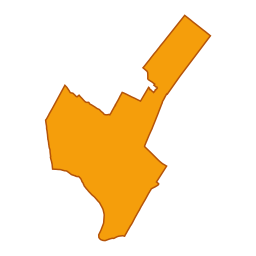 the district of Colibasi, Giurgiu, Romania
{"feature_id": "2599482B40153006578740", "entity_name": "Colibasi", "entity_type": "district", "adm_level": 2, "iso_a3": "ROU", "parent_name": "Romania", "parent_adm1": "Giurgiu", "projection": "albers", "projection_center": [26.205, 44.233], "detail": "fine", "context": "isolated", "style": "filled", "palette": "amber", "viewbox_px": 256, "rotation_deg": 0, "n_neighbors": 0, "source": "geoboundaries", "source_scale": "gbopen_adm2", "svg_char_len": 5542}
<svg xmlns="http://www.w3.org/2000/svg" viewBox="0 0 256 256"><path d="M158.4,183.5L158.2,183.4L158.0,183.2L157.2,182.5L157.0,182.3L156.9,182.1L156.5,181.9L166.6,166.1L162.4,163.6L160.4,162.0L158.4,160.2L151.8,153.6L144.6,146.6L144.7,145.7L145.3,144.2L145.8,143.0L146.0,142.5L146.1,142.1L146.4,141.6L147.0,140.1L147.3,139.5L147.7,138.4L148.3,137.0L149.0,135.3L149.5,134.2L150.8,131.3L151.5,129.8L152.0,128.8L152.1,128.6L152.3,127.9L154.2,123.2L155.5,120.0L156.1,118.4L156.8,116.7L157.6,114.7L157.9,113.9L158.2,113.2L158.8,111.5L160.4,107.4L161.3,105.0L162.0,103.3L162.3,102.7L162.3,102.2L162.5,101.5L163.6,99.6L164.8,97.4L164.7,97.3L165.7,95.7L165.9,95.4L166.1,94.9L166.9,93.8L167.3,94.1L180.0,76.1L210.4,35.8L208.7,34.4L206.1,32.3L205.4,31.7L203.0,29.9L197.7,25.7L196.3,24.6L195.3,23.8L194.6,23.3L194.5,23.2L192.7,21.8L190.7,20.1L184.7,15.4L179.2,22.3L168.8,35.4L166.4,38.4L164.4,41.0L163.5,42.1L162.0,43.9L160.5,45.7L159.2,47.5L158.2,48.7L157.2,50.0L156.3,51.2L154.3,53.5L151.0,57.7L149.3,60.0L147.9,61.7L146.4,63.6L144.6,65.9L143.0,67.8L147.0,71.2L147.0,71.3L147.1,71.5L147.6,72.2L147.7,72.8L147.8,74.6L147.8,76.4L147.9,77.0L147.8,77.5L147.8,78.7L147.9,79.0L148.0,79.2L148.4,79.7L148.9,80.0L151.2,81.5L151.9,81.9L154.7,84.1L153.9,85.2L154.8,85.9L156.0,87.0L156.8,87.0L157.0,87.4L157.3,87.8L157.3,88.0L157.1,88.2L156.8,88.7L156.7,88.8L156.2,89.2L156.3,89.2L156.2,89.3L155.1,90.6L154.4,91.4L154.5,91.5L153.8,92.3L153.6,92.5L153.2,92.0L152.4,91.4L152.1,91.1L151.7,90.8L151.5,90.6L151.1,90.1L150.8,89.8L150.6,89.7L150.4,89.5L150.2,89.5L149.9,89.6L149.8,89.3L149.7,89.3L149.6,89.2L149.4,88.6L149.4,88.1L149.1,87.8L148.9,87.5L148.6,87.3L148.1,88.3L147.9,88.6L142.7,97.4L141.6,99.3L140.5,101.1L137.3,99.6L135.2,98.5L135.0,98.4L133.0,97.5L131.9,97.0L131.2,96.7L130.2,96.1L129.4,95.8L129.1,95.6L128.3,95.2L127.3,94.7L126.6,94.3L125.9,94.0L124.4,93.3L123.8,93.0L122.7,92.6L122.2,92.4L121.9,92.9L121.0,94.6L120.8,95.0L120.6,95.3L120.1,96.1L119.7,97.0L119.1,98.2L118.7,99.0L118.3,99.7L118.1,100.1L117.7,100.9L117.4,101.3L116.6,102.8L116.3,103.3L115.6,104.5L115.3,104.9L115.1,105.2L115.4,105.6L115.1,105.9L114.6,106.4L114.4,106.7L114.0,107.5L113.5,108.3L113.2,108.9L112.9,109.5L112.7,109.8L111.9,111.2L111.1,112.8L110.9,113.2L110.4,113.8L109.9,114.6L109.8,114.8L109.6,114.7L109.1,114.5L108.8,114.5L108.5,114.5L108.3,114.6L106.8,114.8L106.3,114.8L105.4,114.7L104.8,114.6L104.3,114.4L104.0,114.1L103.5,113.5L103.0,112.9L102.4,112.4L101.6,111.8L101.0,111.3L100.4,110.6L99.8,110.0L99.1,109.4L98.4,109.1L97.7,108.8L96.7,108.3L96.3,108.0L95.8,107.6L94.6,106.8L91.7,105.0L90.2,104.2L89.4,103.6L89.1,102.8L88.7,102.4L88.2,102.3L87.1,102.4L86.1,102.3L85.1,101.7L83.7,100.3L82.0,98.4L80.8,97.2L80.0,96.3L79.1,95.2L78.6,95.5L77.1,96.8L76.7,96.7L75.9,96.2L75.0,95.2L73.4,93.7L73.0,93.3L72.4,93.1L71.2,92.9L70.5,92.7L70.2,92.5L69.0,90.5L66.9,87.4L64.9,85.3L52.7,107.8L49.0,114.3L48.8,114.9L48.4,115.6L46.9,118.3L46.3,119.3L45.6,120.1L46.0,123.1L46.5,126.0L46.6,127.7L46.6,127.8L46.6,128.8L46.7,129.2L47.0,130.7L47.3,133.1L47.5,134.6L47.7,137.2L47.8,137.8L47.9,139.4L48.1,139.8L48.3,141.0L48.5,142.0L48.6,142.9L48.7,144.3L48.9,145.1L49.1,146.9L49.2,147.2L49.3,147.5L49.3,147.8L49.4,148.1L49.5,148.5L49.8,149.1L49.9,149.5L50.0,150.1L50.0,150.8L50.1,152.2L50.5,155.5L50.6,156.1L50.7,156.3L50.4,157.2L50.6,157.7L50.7,158.6L51.5,161.4L51.7,162.4L52.1,164.2L52.2,165.1L52.3,166.1L52.3,166.4L52.4,167.3L52.5,168.2L52.6,169.1L54.2,169.2L56.6,169.3L57.4,169.4L58.7,169.5L59.6,169.5L60.3,169.6L61.0,169.7L62.2,170.1L64.4,170.7L64.9,170.8L65.4,170.8L66.3,170.9L66.6,171.0L67.5,171.6L69.3,172.9L71.2,174.4L71.4,174.6L71.8,174.7L72.2,174.8L72.7,175.0L72.9,175.1L73.0,175.2L73.4,175.2L73.6,175.3L73.8,175.4L74.1,175.5L74.3,175.6L74.5,175.7L75.1,175.7L75.2,175.8L75.4,175.8L75.5,176.0L75.8,176.2L76.0,176.3L76.6,176.4L76.9,176.5L77.1,176.6L77.5,176.6L78.1,176.5L78.5,176.5L79.0,176.8L79.3,177.1L79.4,177.3L79.7,177.6L79.9,177.7L80.2,178.0L80.3,178.2L80.6,178.5L80.9,179.0L81.0,179.2L81.2,179.5L81.3,179.7L81.4,180.1L81.5,180.2L81.6,180.4L81.7,180.6L81.8,181.1L82.0,181.5L82.2,181.9L82.4,182.2L82.6,182.5L82.9,182.8L83.1,183.1L83.3,183.6L83.4,184.0L83.5,184.3L83.6,184.6L83.8,184.8L83.9,185.0L84.2,185.9L84.3,186.1L84.9,186.8L85.3,187.3L85.8,187.9L86.1,188.4L86.6,189.0L87.1,189.4L87.4,189.8L88.7,191.4L91.9,194.8L94.5,197.0L98.1,201.2L99.5,202.6L102.3,207.8L103.1,209.6L104.1,214.0L104.2,215.3L103.7,222.5L103.5,223.5L101.0,230.1L98.7,234.9L98.9,237.6L100.0,239.0L100.7,239.6L102.8,240.4L104.6,240.6L105.2,240.6L109.8,238.9L112.1,238.3L113.8,238.4L116.9,236.8L118.7,236.2L121.9,235.8L122.8,235.7L123.8,236.0L124.6,236.2L125.3,234.8L126.1,233.5L126.3,233.1L126.7,232.5L127.0,231.8L127.4,231.1L127.6,230.7L127.8,230.4L128.4,229.4L128.6,229.0L128.8,228.8L129.2,227.9L129.9,226.8L130.0,226.6L130.1,226.4L130.3,226.1L130.3,225.9L130.4,225.7L130.6,225.4L130.8,225.2L131.1,225.0L131.2,224.8L132.8,221.9L133.4,220.7L134.0,219.5L134.5,218.6L134.6,218.3L135.4,216.9L136.0,215.8L136.2,215.5L136.7,214.6L137.5,213.1L138.1,212.1L138.9,210.7L139.5,209.8L139.6,209.4L139.8,209.1L140.0,208.7L140.2,208.3L140.4,207.9L140.9,207.0L141.4,206.0L141.9,205.3L142.3,204.6L143.1,203.1L143.3,202.8L143.6,202.3L143.7,202.1L144.1,201.4L144.5,200.8L145.8,198.5L146.4,197.4L147.7,195.0L147.8,194.8L148.8,193.0L149.4,192.1L149.7,191.5L150.1,190.8L150.5,190.3L151.0,189.3L151.3,188.9L151.7,188.6L153.0,187.9L155.4,186.7L156.3,186.1L157.0,185.7L157.6,185.3L157.8,185.2L158.4,184.6L158.6,184.3L158.6,184.1L158.6,183.9L158.6,183.7L158.4,183.6L158.4,183.5Z" fill="#f59e0b" stroke="#b45309" stroke-width="1.5"/></svg>